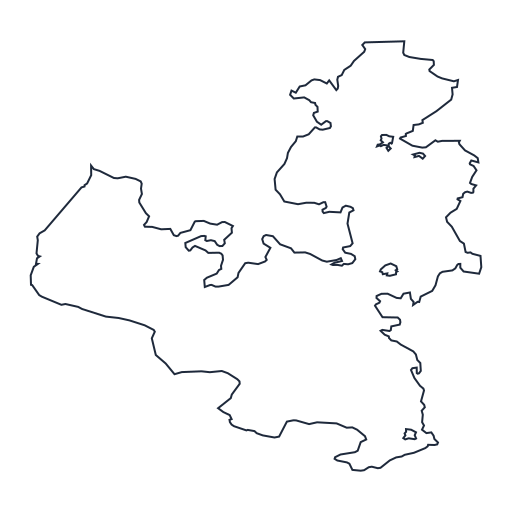 the border of Oromiya, rotated 90°
{"feature_id": "ETH-3131", "entity_name": "Oromiya", "entity_type": "Administrative State", "adm_level": 1, "iso_a3": "ETH", "parent_name": "Ethiopia", "parent_adm1": "", "projection": "equal_earth", "projection_center": [38.367, 6.948], "detail": "fine", "context": "isolated", "style": "outline", "palette": "slate", "viewbox_px": 512, "rotation_deg": 90, "n_neighbors": 0, "source": "natural_earth", "source_scale": "10m", "svg_char_len": 5996}
<svg xmlns="http://www.w3.org/2000/svg" viewBox="0 0 512 512"><g transform="rotate(90 256 256)"><path d="M42.4,147.2L41.3,107.7L52.7,108.8L55.0,107.7L57.0,102.7L58.9,91.3L60.0,79.3L61.2,78.3L64.9,78.1L69.5,82.7L71.1,82.4L76.5,74.5L78.4,69.9L81.3,58.1L80.0,54.0L87.0,55.0L87.8,60.0L94.4,59.4L99.6,60.8L111.2,75.6L120.1,89.6L122.8,89.2L124.4,93.2L125.0,98.4L130.9,99.2L133.4,105.4L133.9,106.2L136.0,106.1L137.5,111.4L138.6,112.0L145.7,99.6L147.6,89.7L147.3,86.1L140.3,76.6L141.7,74.2L140.9,70.0L140.8,52.3L142.3,53.1L144.2,52.6L150.4,47.0L155.4,37.8L158.1,34.3L162.4,33.6L160.5,40.7L163.3,42.3L164.3,42.0L166.0,38.4L170.3,35.5L176.9,39.8L182.9,42.0L184.0,40.7L185.4,35.9L188.7,38.6L192.0,38.6L192.7,39.1L192.9,40.9L191.6,44.7L192.2,46.9L193.8,48.8L197.2,49.5L198.4,54.3L199.3,54.5L201.0,51.6L208.9,55.3L212.7,61.5L217.3,66.0L221.8,64.9L226.7,60.2L241.0,52.1L243.6,48.1L252.0,46.4L252.8,44.4L252.4,41.5L253.8,39.6L255.9,31.5L267.2,30.7L273.7,32.9L271.5,48.4L267.7,51.7L263.9,51.7L264.0,53.6L265.0,54.8L268.4,56.7L270.4,59.6L271.8,69.5L273.3,72.1L276.4,74.1L285.3,76.5L290.9,79.8L296.6,91.3L302.0,92.8L301.8,94.4L305.0,98.9L301.9,98.4L298.9,101.1L292.5,102.1L293.7,108.5L298.3,111.3L297.9,115.4L293.7,124.4L293.8,130.5L296.0,135.4L298.0,135.5L301.2,131.9L302.7,132.6L304.4,136.1L305.7,137.0L317.2,129.5L317.5,114.3L319.7,112.0L322.2,111.6L324.6,112.3L326.4,120.7L330.1,121.2L331.0,122.5L329.9,129.7L330.8,131.4L334.7,127.3L336.4,123.2L338.0,123.0L340.4,120.7L341.5,115.2L344.6,111.2L351.4,98.7L354.5,96.1L360.0,94.7L363.0,91.7L370.9,91.2L373.3,93.0L373.7,94.3L373.1,95.2L367.6,95.3L368.2,99.6L370.0,101.0L378.0,97.6L385.8,92.0L388.6,88.6L390.5,88.0L401.4,91.0L404.9,87.8L407.3,87.2L410.7,90.3L414.7,89.2L422.2,89.9L425.5,88.0L429.7,90.0L433.1,85.6L432.4,80.7L435.7,78.4L439.0,77.6L442.5,74.0L444.4,74.8L445.0,77.5L444.8,83.9L446.3,84.3L448.1,86.7L452.8,98.1L454.8,107.3L456.5,110.3L457.4,115.8L460.4,122.2L467.8,131.5L468.2,134.2L466.7,140.2L467.2,143.2L470.2,147.9L470.7,151.3L469.9,159.6L463.7,162.6L462.4,165.1L460.5,174.7L458.8,177.4L457.2,176.9L454.5,171.5L452.2,157.1L450.7,154.3L442.1,151.3L439.5,145.8L436.2,147.0L429.7,154.9L427.4,159.7L427.7,165.3L423.4,175.4L422.3,194.9L424.1,202.9L420.4,215.9L420.3,218.6L421.6,225.1L436.6,232.9L437.5,237.5L435.4,249.2L433.2,255.3L431.1,257.5L429.9,264.3L430.4,265.6L426.2,278.0L424.6,280.4L422.1,282.1L419.8,282.5L419.1,280.4L415.1,282.3L412.1,288.6L408.2,293.9L398.1,281.2L394.5,280.2L383.8,272.3L381.4,272.5L379.2,274.7L373.2,284.2L371.0,290.2L372.2,302.2L371.3,310.5L372.1,330.2L374.2,337.5L363.5,346.3L355.0,356.2L338.3,360.2L331.7,357.2L329.9,358.3L325.3,367.3L320.4,382.5L318.0,393.3L316.6,406.1L309.0,429.9L306.9,433.8L304.0,446.6L304.8,450.6L296.7,470.1L295.1,472.8L285.1,479.8L284.8,481.0L275.3,481.3L266.8,478.2L263.9,474.1L263.8,476.0L258.3,475.0L256.4,472.2L255.9,474.0L253.4,475.5L240.2,474.2L236.6,474.8L233.3,472.4L230.4,467.3L187.4,430.5L186.5,427.5L185.1,427.4L183.5,424.9L175.2,420.8L165.6,420.9L169.1,418.2L170.9,412.4L178.0,398.1L178.3,394.3L176.7,386.2L178.9,376.4L181.4,371.3L183.7,370.3L188.6,371.0L194.0,370.1L199.9,372.9L202.5,372.7L213.2,366.1L216.3,362.9L222.1,365.4L224.9,368.0L226.7,367.1L226.9,359.8L229.3,350.8L228.9,341.7L235.2,338.2L236.1,335.5L235.7,333.9L232.9,331.6L230.2,321.6L221.6,317.2L221.2,316.3L220.9,308.2L223.6,301.8L224.7,294.9L222.1,289.9L222.0,287.2L226.0,279.1L228.2,280.5L232.7,280.1L239.8,287.8L243.3,287.2L246.0,289.6L246.1,292.4L244.8,294.8L241.1,297.3L240.2,301.1L241.0,305.2L240.2,306.7L236.3,306.3L235.9,307.7L236.1,310.9L243.0,326.7L247.2,326.3L250.7,323.2L250.4,321.7L247.5,319.5L245.9,317.0L250.4,306.5L252.9,303.7L252.7,292.9L253.7,290.7L255.4,289.4L259.8,289.0L265.8,291.0L268.9,290.7L270.0,293.0L273.6,295.3L277.7,305.1L280.0,307.8L287.0,307.2L285.0,301.9L284.9,300.4L286.6,296.5L286.6,293.5L284.9,283.4L277.3,274.4L272.9,273.5L263.2,266.8L262.7,263.8L264.1,253.9L261.5,247.0L259.9,245.3L257.0,246.6L247.8,241.6L243.6,248.4L239.1,249.8L236.1,248.3L235.0,245.9L236.2,239.1L244.3,231.9L248.3,221.0L252.6,217.6L252.4,206.8L254.0,201.8L260.5,189.8L261.7,185.2L260.0,175.4L258.2,171.2L261.0,170.0L262.8,177.6L264.5,180.5L265.0,179.1L264.9,174.5L265.7,170.1L263.9,168.2L264.3,163.9L263.1,159.7L259.2,156.7L256.2,157.3L253.9,161.0L252.7,166.8L249.2,169.3L247.5,168.9L246.1,161.8L243.3,159.4L223.6,164.5L212.5,162.7L210.3,158.5L208.2,159.1L206.8,161.5L205.7,166.2L207.5,169.5L212.4,171.5L211.8,182.7L213.1,188.2L211.6,189.4L209.7,189.5L208.0,186.2L206.7,185.4L202.2,186.8L202.2,188.6L204.3,193.0L202.8,197.7L202.7,205.6L204.2,214.0L201.5,227.7L194.3,232.0L189.7,236.4L179.0,237.4L172.4,235.1L164.0,227.6L158.2,225.0L152.9,224.1L147.0,221.0L141.2,216.2L136.5,214.7L136.5,208.9L134.3,203.3L127.4,197.1L127.4,195.9L129.4,192.4L129.7,189.3L128.0,182.1L126.3,181.1L123.0,181.5L121.1,184.8L121.1,186.0L124.7,190.8L121.7,195.1L115.3,198.8L112.9,198.1L111.6,194.3L106.9,194.5L104.7,196.6L103.0,196.9L102.2,201.0L100.2,202.7L97.4,207.8L98.5,218.2L94.8,221.9L90.6,220.5L92.7,216.2L86.5,212.3L85.3,206.5L80.4,200.5L79.4,197.7L80.1,191.9L83.5,185.2L80.4,182.8L90.1,175.7L88.6,174.3L86.0,173.8L79.7,174.7L76.8,174.0L75.1,170.3L69.9,167.7L65.7,161.3L60.9,158.0L51.8,147.8L49.1,146.8L45.0,149.7L42.4,147.2ZM272.0,115.9L271.4,114.7L270.2,116.2L269.3,114.8L266.2,115.7L263.5,121.3L265.4,126.7L269.4,131.2L271.4,132.0L272.2,129.7L274.2,129.2L273.4,124.7L275.4,125.2L275.8,122.1L274.3,116.0L272.0,115.9ZM143.1,120.0L136.8,118.8L136.3,122.8L134.9,125.6L135.0,130.0L136.3,131.1L138.6,130.5L140.3,131.3L142.3,129.1L144.4,132.1L144.7,134.3L146.4,135.0L145.5,132.5L146.2,131.2L144.9,128.5L145.6,123.3L143.7,123.2L142.8,121.7L143.6,120.4L143.1,120.0ZM438.1,108.7L439.4,106.8L438.3,103.3L439.2,97.3L438.5,95.9L435.2,97.3L432.3,96.0L429.7,100.9L429.1,106.0L431.8,105.9L433.4,107.4L435.4,106.6L438.1,108.7ZM157.1,97.5L155.9,93.0L158.7,89.3L156.0,86.9L153.6,89.0L152.8,92.5L154.5,98.9L155.5,97.1L157.1,97.5ZM147.9,125.5L150.8,123.7L148.5,121.3L146.0,123.6L147.9,125.5Z" fill="none" stroke="#1e293b" stroke-width="2"/></g></svg>